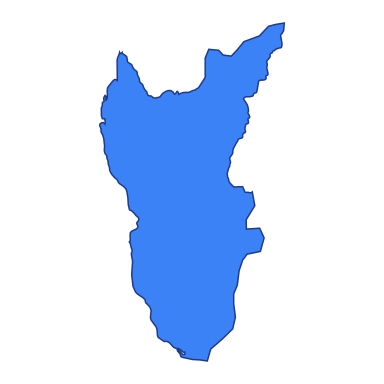 SVG path tracing the border of Atsimo-Andrefana
{"feature_id": "MDG-5866", "entity_name": "Atsimo-Andrefana", "entity_type": "Autonomous Province", "adm_level": 1, "iso_a3": "MDG", "parent_name": "Madagascar", "parent_adm1": "", "projection": "orthographic", "projection_center": [44.623, -23.116], "detail": "fine", "context": "isolated", "style": "filled", "palette": "blue", "viewbox_px": 384, "rotation_deg": 0, "n_neighbors": 0, "source": "natural_earth", "source_scale": "10m", "svg_char_len": 5926}
<svg xmlns="http://www.w3.org/2000/svg" viewBox="0 0 384 384"><path d="M207.3,361.0L199.9,359.9L192.5,359.5L182.2,357.3L180.9,356.6L179.9,353.7L177.6,351.1L177.1,349.4L178.4,349.9L179.7,351.0L181.8,353.6L183.2,354.6L184.4,354.6L185.0,353.8L184.7,352.0L183.6,352.3L182.6,351.7L180.8,349.9L179.7,349.1L178.6,348.7L177.5,348.4L176.1,348.4L173.7,347.4L169.4,342.7L166.9,341.4L164.7,341.5L163.9,341.3L158.3,337.5L157.5,335.8L157.0,329.7L156.3,327.2L151.2,320.2L150.4,317.7L151.1,310.7L150.4,308.2L149.7,306.9L146.6,303.5L146.3,303.3L145.9,302.9L145.6,302.3L145.4,301.6L145.1,300.1L144.8,299.4L142.5,297.4L137.6,294.1L135.4,291.8L133.0,286.3L131.7,274.7L132.6,261.4L131.3,253.9L131.4,253.2L132.0,251.8L132.2,251.0L132.1,250.1L131.3,247.8L130.6,244.8L130.2,243.4L129.3,242.0L130.3,240.4L130.1,234.9L130.4,232.5L132.0,231.0L136.7,228.8L137.9,227.1L137.8,225.9L136.8,223.8L136.9,222.4L138.0,221.4L138.3,220.8L138.8,219.5L138.8,218.9L138.6,218.1L137.8,217.1L135.9,215.5L134.5,213.6L131.5,210.7L131.0,210.4L130.6,210.4L130.1,210.3L129.5,209.7L129.3,209.3L129.0,207.6L128.3,204.9L127.9,198.0L127.0,192.2L126.0,189.0L124.0,186.8L119.1,183.3L118.3,182.1L117.1,179.7L116.1,178.8L114.8,177.8L112.3,175.1L110.8,172.8L110.0,171.1L109.7,170.0L109.3,166.9L108.4,164.8L107.9,160.7L107.1,158.6L106.6,155.8L106.3,155.1L105.3,153.8L104.9,153.2L104.4,151.4L104.3,149.6L104.6,146.0L103.8,138.9L102.8,135.2L101.0,131.7L101.0,130.9L101.1,130.1L101.0,129.4L100.5,127.5L99.7,125.7L99.9,124.1L101.4,122.8L103.4,122.6L104.9,124.1L105.3,122.8L105.2,121.5L104.9,120.2L104.8,118.8L102.4,118.8L101.4,115.7L101.3,108.7L101.4,107.8L102.1,106.3L102.3,105.5L102.3,103.6L102.4,102.8L102.7,102.5L103.0,102.2L103.2,101.8L103.7,101.6L104.0,101.4L104.2,101.2L103.6,99.1L103.7,98.1L104.1,97.1L104.5,96.3L105.1,95.4L106.0,96.5L106.1,97.9L105.7,100.7L107.1,98.6L107.4,94.9L107.2,91.0L107.5,88.0L108.3,86.6L113.1,80.7L114.3,79.7L115.7,79.5L117.3,80.5L117.1,59.8L117.6,57.9L119.1,54.3L119.6,52.4L120.1,53.7L120.7,53.7L122.1,52.4L122.1,52.9L123.1,54.0L125.7,55.7L126.6,56.5L126.9,57.5L127.5,61.5L128.2,62.5L131.3,64.3L132.0,65.2L132.4,66.4L133.1,67.8L134.5,69.7L136.5,71.2L137.0,71.9L137.2,72.6L137.3,74.3L137.5,75.0L138.8,77.6L139.3,78.8L139.5,80.6L140.0,82.3L142.4,84.3L142.9,85.3L143.2,86.3L143.8,87.7L144.9,89.8L146.7,91.7L147.0,92.5L147.4,94.2L147.7,94.9L148.5,95.5L149.4,95.8L150.4,95.9L151.4,96.1L151.9,96.5L152.7,97.3L153.3,97.7L154.9,98.1L156.4,97.8L159.0,97.2L160.2,96.7L161.9,94.2L163.2,93.0L165.3,91.7L168.0,90.6L170.6,90.5L173.0,91.9L174.2,94.1L174.8,94.2L176.2,92.7L176.9,91.5L177.2,91.4L177.9,91.9L178.3,92.4L178.9,94.5L181.1,93.2L183.5,92.5L189.0,92.3L192.6,90.6L195.2,89.9L196.8,88.7L198.5,87.8L205.2,77.4L205.2,58.0L208.8,49.3L218.7,50.3L223.2,55.1L231.3,56.1L236.8,50.3L244.0,41.6L259.4,35.9L268.5,26.3L275.8,24.4L284.3,23.0L283.7,30.0L283.6,30.4L283.5,30.8L283.3,31.2L282.3,33.0L281.9,33.6L281.0,34.4L280.8,34.7L280.7,35.0L280.6,35.5L282.0,43.4L282.0,44.3L281.8,46.2L281.7,46.7L281.3,47.4L281.0,47.6L280.7,47.8L280.2,47.9L278.9,48.0L277.8,48.5L276.9,48.7L276.0,49.3L275.3,49.6L275.0,49.9L274.8,50.2L274.5,50.5L274.1,50.7L273.7,50.7L273.3,50.9L273.0,51.1L272.8,51.4L272.6,51.8L272.3,52.6L272.1,52.9L271.8,53.1L271.0,53.3L270.7,53.5L270.4,53.8L270.2,54.1L270.1,54.6L270.2,55.9L270.1,56.4L270.0,56.8L269.9,57.2L269.7,57.6L267.0,60.7L266.8,61.1L266.7,61.5L266.8,62.0L267.2,64.1L267.2,65.1L267.2,65.6L266.8,67.3L266.7,67.7L266.8,68.1L268.0,73.2L268.0,73.7L268.0,74.1L267.9,74.6L267.7,74.9L267.5,75.2L266.0,75.8L265.8,76.1L265.8,76.4L265.8,76.7L266.0,77.5L266.1,78.3L266.0,78.7L265.8,79.1L265.6,79.3L265.2,79.5L264.9,79.7L264.1,79.9L263.2,80.1L260.7,80.1L260.3,80.2L259.9,80.3L259.5,80.5L259.2,80.7L259.0,81.0L258.8,81.3L258.6,81.7L258.5,82.1L256.8,91.9L256.6,92.2L256.3,92.5L256.0,92.7L255.6,92.9L254.8,93.1L254.4,93.2L254.1,93.4L253.8,93.7L253.6,94.0L253.5,94.4L253.2,95.3L253.1,95.7L252.8,95.9L252.5,96.1L249.5,96.8L246.5,96.8L245.6,96.9L244.9,97.2L244.6,97.4L244.0,97.9L243.8,98.2L243.6,98.6L243.9,99.4L244.5,100.5L246.0,102.7L247.1,104.5L247.5,105.6L247.7,106.1L247.9,106.7L248.5,110.2L248.5,110.6L248.5,111.0L248.1,111.8L248.0,112.2L248.0,112.7L248.1,113.3L248.5,114.0L249.3,115.4L249.6,116.3L249.7,116.9L249.6,117.3L249.4,117.7L249.2,118.0L248.0,119.0L247.9,119.4L248.0,120.0L248.4,121.1L248.5,121.8L248.5,122.4L248.2,123.2L248.0,123.5L247.7,123.7L246.8,123.8L246.4,123.9L246.1,124.1L245.9,124.5L245.5,125.7L245.2,126.5L245.1,126.9L245.0,127.9L244.9,128.9L244.9,129.4L245.1,130.0L245.4,131.3L245.5,131.8L245.4,132.2L245.2,132.5L244.9,132.7L243.8,133.1L243.4,133.3L243.2,133.7L242.6,135.2L242.6,135.6L242.7,136.5L242.7,136.9L242.6,137.3L242.4,137.5L242.1,137.8L241.0,138.3L239.4,138.7L238.6,139.0L238.3,139.3L238.1,139.6L237.9,140.0L237.9,140.5L237.7,140.9L237.5,141.3L237.3,141.6L237.1,141.9L236.6,142.5L233.6,148.1L233.0,149.8L232.9,150.7L232.7,152.8L232.5,153.7L232.1,154.4L230.1,157.2L229.9,157.6L229.8,158.0L229.7,158.4L229.7,158.9L229.8,159.4L230.4,161.2L230.5,161.6L230.5,162.1L230.5,162.6L230.4,163.1L229.9,164.1L229.8,164.5L229.8,164.8L229.7,165.8L229.6,166.2L229.5,166.6L229.3,166.9L228.9,167.6L228.6,168.4L227.8,171.4L227.2,173.0L227.2,173.5L227.2,174.0L227.4,175.1L227.5,176.2L227.5,176.7L227.7,177.2L227.9,177.7L228.2,178.1L228.5,178.9L228.6,179.3L228.8,180.7L228.9,181.2L229.1,181.7L229.5,182.4L229.7,182.7L230.3,183.3L231.0,184.1L233.1,186.3L233.5,186.6L234.1,186.8L235.1,187.0L235.8,187.0L238.6,186.7L239.1,186.7L240.4,186.9L240.9,186.9L242.1,186.6L242.5,186.7L242.8,186.9L243.0,187.5L243.3,188.4L243.6,189.1L243.9,189.4L244.2,190.1L244.6,191.4L244.7,191.7L245.0,192.1L245.4,192.3L246.2,192.4L247.8,192.3L248.7,192.4L250.0,192.8L250.5,192.8L250.9,192.7L251.3,192.6L252.3,191.9L254.8,205.7L246.2,219.7L246.4,229.1L259.7,228.2L264.1,237.9L260.4,251.4L247.1,254.2L242.7,260.0L239.1,270.7L237.3,285.2L233.7,293.9L233.7,303.6L235.4,317.2L232.7,328.8L223.0,338.4L210.7,349.1L207.3,361.0Z" fill="#3b82f6" stroke="#1e3a8a" stroke-width="1.5"/></svg>